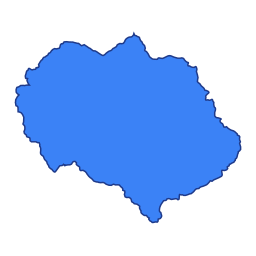 Supatá, Cundinamarca, Colombia (Mercator projection)
{"feature_id": "7082276B73232979228436", "entity_name": "Supatá", "entity_type": "district", "adm_level": 2, "iso_a3": "COL", "parent_name": "Colombia", "parent_adm1": "Cundinamarca", "projection": "mercator", "projection_center": [-74.247, 5.057], "detail": "fine", "context": "isolated", "style": "filled", "palette": "blue", "viewbox_px": 256, "rotation_deg": 0, "n_neighbors": 0, "source": "geoboundaries", "source_scale": "gbopen_adm2", "svg_char_len": 5728}
<svg xmlns="http://www.w3.org/2000/svg" viewBox="0 0 256 256"><path d="M55.0,172.0L55.8,171.2L59.7,165.8L62.2,165.5L62.8,165.1L63.5,164.4L63.7,164.8L64.2,164.8L64.1,165.1L64.4,165.4L64.6,165.3L64.9,165.6L65.1,165.3L64.9,165.1L65.1,165.0L65.4,165.3L67.7,164.9L70.0,164.8L71.5,164.1L72.8,162.0L73.8,161.5L75.0,161.4L76.4,162.7L76.5,162.9L76.2,164.1L77.1,165.3L79.1,166.6L79.6,167.1L79.7,167.9L79.7,169.0L80.2,170.3L80.8,170.6L83.0,170.3L85.3,171.6L86.5,173.0L86.9,173.8L88.8,176.3L90.3,177.7L91.5,178.5L92.7,179.7L93.5,180.8L94.1,181.2L96.3,181.9L98.1,182.1L99.0,182.5L99.8,182.5L100.7,182.7L102.0,182.5L103.2,182.5L104.4,182.9L106.1,184.2L108.9,185.2L111.3,185.3L113.2,184.3L113.8,184.3L115.5,184.9L117.9,184.8L119.5,185.1L120.7,186.7L121.2,187.0L122.3,188.0L122.8,189.0L122.8,190.3L124.7,191.0L124.9,192.2L124.4,194.6L124.8,195.6L124.9,196.3L125.2,196.9L126.7,197.5L129.1,197.4L130.4,198.3L131.1,199.2L131.6,201.3L132.1,202.1L133.4,202.7L134.2,203.7L137.1,204.2L139.6,206.1L139.7,206.4L139.5,208.0L140.2,209.7L140.9,210.6L141.0,212.4L141.5,213.3L143.3,214.8L144.3,215.4L145.1,215.5L146.2,215.4L146.6,215.6L147.5,217.0L149.2,218.1L148.8,218.7L148.8,219.3L149.9,220.8L151.4,221.6L152.1,222.4L152.6,222.5L153.5,222.4L155.6,221.9L157.2,222.1L157.7,221.7L158.0,221.2L158.2,219.1L158.6,218.9L159.6,218.8L160.3,218.4L161.1,217.5L161.6,216.4L161.6,215.2L161.2,214.3L160.9,212.8L160.7,212.4L159.9,211.9L159.5,211.2L159.4,210.5L159.5,208.8L159.9,207.0L161.0,204.5L163.6,200.7L165.8,200.4L166.5,199.9L166.9,199.0L168.3,198.6L169.5,198.7L171.2,199.4L171.7,199.4L175.6,198.7L176.1,198.7L177.1,199.0L177.9,199.7L178.6,199.5L178.9,199.3L179.1,198.7L179.4,194.9L179.6,194.5L181.2,194.9L182.5,194.8L183.7,195.4L185.4,195.4L187.7,194.7L189.9,193.8L190.9,193.8L192.6,192.6L194.0,191.3L194.7,190.2L195.5,189.6L196.3,188.8L198.9,188.5L199.7,187.5L201.3,186.7L202.9,186.3L206.1,185.0L206.8,184.6L207.8,183.7L209.7,181.6L210.1,180.9L210.6,180.8L211.8,181.2L212.3,181.1L213.5,180.0L219.0,177.6L221.4,176.3L222.0,175.6L222.2,174.5L221.7,171.5L221.7,170.9L221.9,170.4L222.7,170.3L224.5,170.5L226.2,170.0L226.9,169.6L227.7,168.5L227.3,167.3L227.3,166.7L229.1,165.8L229.4,164.3L230.4,164.1L231.7,163.2L233.9,162.2L234.6,161.0L235.2,160.5L235.4,159.0L236.4,158.3L237.0,157.0L237.7,154.0L238.3,152.8L238.2,152.1L238.3,151.7L239.5,150.9L240.6,149.5L240.6,146.8L239.6,143.5L239.7,142.9L240.4,141.9L240.2,141.1L239.7,140.3L239.6,139.6L239.5,138.2L239.8,136.9L239.1,135.8L237.4,135.1L237.3,134.0L234.7,131.6L233.3,130.8L231.3,130.2L230.1,129.6L227.8,128.1L227.4,127.5L226.4,126.7L225.1,127.2L223.8,126.9L223.3,125.4L222.6,123.9L222.4,123.6L221.3,123.1L220.1,121.7L220.1,120.3L220.5,119.7L221.1,119.1L220.9,118.7L218.0,117.8L216.8,117.7L216.1,117.4L215.0,116.4L214.7,115.5L214.7,112.4L215.4,110.1L215.5,108.8L215.2,107.8L214.4,107.1L214.2,106.7L213.7,104.4L213.8,102.3L213.0,101.4L212.5,99.8L212.3,99.5L211.8,99.4L210.3,100.1L209.2,100.3L208.0,99.8L206.0,100.1L205.8,100.0L205.6,99.6L205.6,98.8L205.9,97.9L205.7,96.3L205.9,95.6L207.1,94.3L208.7,92.9L208.9,92.5L208.7,91.9L208.2,91.4L206.4,90.5L205.0,90.3L204.8,90.1L204.2,88.7L203.6,87.9L201.2,85.8L199.8,83.7L198.3,82.7L197.4,81.6L197.7,78.9L198.0,77.8L197.4,74.9L196.4,71.5L196.9,69.4L196.8,68.7L196.3,67.1L195.9,66.7L195.5,66.6L195.2,66.7L194.4,67.4L192.5,67.3L191.3,67.0L189.7,66.0L188.1,65.8L187.9,65.5L187.9,64.2L188.4,63.0L188.3,62.6L186.9,62.1L185.9,61.4L184.4,59.8L183.7,58.6L183.0,58.2L181.8,57.9L180.1,58.2L177.7,58.2L173.9,57.1L171.3,56.0L170.1,55.7L169.0,55.7L167.8,56.0L162.8,58.4L161.0,58.3L159.1,57.9L158.3,58.0L157.4,59.2L156.8,59.3L153.4,59.2L152.1,58.8L149.6,56.8L148.1,53.8L146.5,51.6L144.9,50.7L144.7,50.1L145.3,48.2L144.5,45.5L142.8,43.9L141.8,41.7L140.7,40.8L139.7,38.6L139.4,37.4L138.5,36.9L137.3,36.5L136.4,35.8L134.8,35.4L133.9,33.5L133.4,35.2L131.9,36.7L130.8,37.0L129.3,37.1L128.2,37.5L126.5,38.6L125.7,39.4L125.0,40.5L124.7,41.5L123.4,43.3L122.8,43.5L121.3,43.7L119.9,43.5L118.5,44.1L117.3,44.8L116.4,46.6L114.3,47.9L113.0,48.5L111.8,49.9L111.2,50.4L108.6,51.4L106.3,53.1L104.8,54.6L103.2,55.5L102.5,55.4L101.1,54.7L98.3,52.9L96.8,51.8L95.1,50.9L93.3,50.8L92.9,50.6L90.1,48.4L88.5,47.7L87.7,47.0L84.2,44.7L81.7,45.7L81.3,45.6L78.6,43.4L77.3,43.3L73.7,42.4L72.9,42.1L69.0,42.0L66.5,41.7L64.3,41.9L64.0,42.0L63.5,42.5L63.5,42.9L63.1,43.5L62.7,43.7L61.4,43.8L60.6,44.5L60.4,45.0L59.8,47.4L59.3,48.2L56.4,48.9L54.5,48.6L52.6,49.6L52.4,50.1L51.7,50.4L50.4,52.4L49.7,52.9L49.2,53.3L48.7,53.3L48.3,54.0L48.2,54.6L47.1,55.6L46.4,55.9L45.1,57.0L43.7,57.4L42.8,58.5L42.5,59.5L41.5,60.1L40.6,61.2L39.7,62.6L39.2,63.6L38.6,64.3L38.6,65.0L39.1,66.1L38.5,67.3L38.0,67.2L37.1,67.8L36.6,67.6L36.1,67.7L35.8,68.9L35.4,69.3L33.6,69.4L32.3,69.9L31.2,69.6L29.5,68.5L29.0,68.4L28.6,68.6L28.3,69.1L28.1,70.1L27.1,70.6L26.4,71.9L26.1,73.4L25.4,75.5L25.3,76.2L25.6,78.2L26.0,78.5L26.9,78.4L27.6,78.6L27.0,80.2L27.1,80.9L28.2,83.5L29.4,85.1L26.8,85.1L24.2,85.6L23.6,85.4L20.7,85.5L18.8,86.8L16.9,87.4L16.5,88.3L16.1,89.7L16.2,92.1L16.5,92.7L17.8,94.1L18.9,94.7L18.9,95.1L18.6,95.5L17.8,96.1L17.3,96.8L15.7,99.8L15.6,101.4L15.4,102.6L15.7,103.7L15.8,105.0L16.1,105.8L17.3,106.2L18.0,107.3L18.1,111.8L19.4,112.0L21.0,112.7L21.5,113.1L22.7,114.8L23.8,117.3L23.6,122.0L23.0,123.9L23.1,124.3L24.4,125.6L24.8,126.7L24.9,128.7L24.8,129.4L24.3,130.9L24.0,131.3L24.3,133.1L24.5,133.5L25.4,134.3L26.3,135.0L26.6,136.3L26.9,136.8L29.6,137.7L30.0,138.7L30.1,140.7L31.4,141.8L36.0,141.8L37.4,142.6L39.2,142.7L39.8,144.5L39.7,146.1L40.2,146.8L40.7,148.5L40.7,150.8L40.5,152.2L40.6,153.6L40.8,154.1L41.9,155.3L43.1,156.1L43.5,156.7L44.3,158.9L45.0,159.9L46.7,161.6L47.3,163.7L48.7,165.8L48.9,166.9L50.3,168.4L50.9,168.9L51.6,169.1L53.5,171.4L54.4,172.0L55.0,172.0Z" fill="#3b82f6" stroke="#1e3a8a" stroke-width="1.5"/></svg>